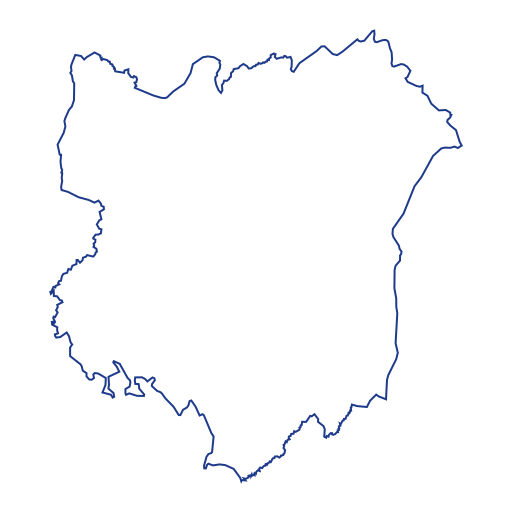 Trakan Phuet Phon, Ubon Ratchathani, Thailand
{"feature_id": "78962969B42152310983042", "entity_name": "Trakan Phuet Phon", "entity_type": "district", "adm_level": 2, "iso_a3": "THA", "parent_name": "Thailand", "parent_adm1": "Ubon Ratchathani", "projection": "robinson", "projection_center": [105.015, 15.601], "detail": "fine", "context": "isolated", "style": "outline", "palette": "blue", "viewbox_px": 512, "rotation_deg": 0, "n_neighbors": 0, "source": "geoboundaries", "source_scale": "gbopen_adm2", "svg_char_len": 5852}
<svg xmlns="http://www.w3.org/2000/svg" viewBox="0 0 512 512"><path d="M241.3,481.3L242.0,480.1L245.5,480.4L244.1,478.5L245.4,478.9L248.0,477.8L248.6,477.2L248.3,476.0L249.2,475.5L249.7,476.0L251.0,475.1L251.1,475.9L251.7,474.5L252.0,475.7L253.0,475.0L254.4,475.3L254.0,474.4L254.6,473.1L255.9,473.9L256.3,471.8L257.8,470.3L259.7,471.0L259.2,468.6L260.2,467.5L262.2,468.1L263.5,466.2L265.1,465.7L265.6,464.1L266.2,463.9L266.9,464.9L268.2,462.9L269.4,462.5L269.7,461.5L270.8,462.1L272.7,458.4L274.4,458.1L274.7,456.6L277.2,456.3L279.3,457.6L280.9,456.3L280.9,455.6L283.3,455.0L283.4,454.0L284.4,453.4L285.1,450.2L283.5,448.0L284.1,446.6L283.6,444.9L284.5,444.5L285.6,441.4L286.7,442.2L287.6,439.9L289.6,439.3L288.7,438.0L288.9,436.5L290.6,436.0L291.2,433.9L293.5,433.8L294.2,431.2L295.6,431.9L299.1,429.9L299.8,428.8L299.4,427.7L300.7,426.8L300.7,425.3L301.7,425.0L302.1,421.8L306.1,421.9L310.2,415.9L311.7,416.3L314.5,414.2L318.2,419.1L318.0,421.8L323.5,426.1L324.8,429.4L324.2,436.6L326.2,437.7L326.7,436.0L328.5,436.6L328.8,435.1L330.7,433.1L332.1,433.2L332.1,434.4L333.1,434.8L335.2,434.1L336.9,432.1L338.0,432.1L337.7,430.4L338.9,430.0L338.5,428.9L339.3,428.5L338.8,426.4L340.4,425.7L339.9,423.5L340.8,424.1L342.6,420.6L343.7,420.4L343.9,419.0L345.5,418.8L346.6,415.7L347.8,415.5L348.4,413.7L349.2,413.4L348.7,412.6L349.9,412.0L350.1,410.5L351.1,410.6L350.8,407.7L351.3,407.5L351.9,404.6L357.3,406.1L366.9,407.0L370.1,400.7L376.2,394.6L378.7,396.4L386.0,399.3L387.0,379.9L388.3,375.1L396.2,359.2L397.8,352.8L395.6,343.2L397.3,313.2L396.3,306.8L396.2,298.2L394.4,288.3L394.6,269.9L395.6,265.7L400.0,260.6L400.1,255.3L401.1,254.2L401.5,251.6L399.6,248.9L398.9,245.7L393.5,237.2L392.5,233.9L392.9,228.8L403.5,213.7L414.6,186.1L421.3,177.3L433.0,156.0L441.2,148.5L444.6,147.6L450.4,147.8L454.6,146.6L457.8,148.0L461.7,145.6L459.6,141.6L456.0,130.1L450.6,125.8L447.2,122.0L447.5,120.0L450.1,117.6L451.3,115.0L450.4,115.0L450.2,112.6L445.8,110.0L438.9,110.4L431.3,103.7L427.4,95.7L422.4,92.6L422.6,85.7L419.9,86.7L416.6,86.0L407.7,81.9L405.5,78.3L407.5,77.0L410.4,70.8L407.1,66.6L403.7,64.5L401.1,64.1L394.0,66.6L392.4,66.1L391.5,63.6L392.1,59.5L391.6,52.3L389.9,48.1L388.6,42.5L387.6,40.9L385.7,39.9L382.5,40.2L376.7,42.2L375.0,41.8L373.8,38.9L374.5,34.3L374.2,30.7L372.2,31.3L364.3,40.7L360.8,41.5L358.8,40.9L357.4,39.3L342.4,51.7L337.2,55.1L332.8,54.1L324.6,46.3L321.4,46.5L316.7,51.0L299.4,63.2L293.7,71.8L291.9,71.1L290.8,69.1L291.6,67.0L291.8,60.2L290.5,56.9L287.1,57.7L285.5,56.1L284.3,55.9L283.3,57.6L281.3,57.4L276.7,58.8L274.8,56.9L275.5,54.2L274.2,54.1L273.9,53.5L270.7,55.1L270.7,57.5L269.1,58.5L269.0,60.0L267.5,59.7L266.9,61.6L265.6,61.6L264.5,62.8L263.0,62.4L262.5,63.2L260.5,63.8L258.5,63.0L257.8,64.5L256.0,64.7L255.5,66.1L253.9,66.1L251.1,68.3L248.7,68.5L247.1,66.2L243.4,64.0L240.0,66.2L238.5,68.2L233.7,69.1L233.2,71.1L231.0,73.1L230.9,76.9L229.6,77.5L229.1,79.1L226.7,80.9L224.1,80.6L223.4,83.2L221.9,84.9L222.4,90.3L221.0,92.9L218.5,90.1L216.3,85.0L215.2,80.1L215.3,77.3L217.2,75.5L216.7,73.3L219.8,68.5L220.3,64.5L219.4,62.7L219.9,60.8L214.1,57.3L207.9,56.4L202.8,57.3L192.9,64.1L190.5,73.2L184.4,83.7L173.3,91.4L167.3,97.2L165.2,98.1L161.2,97.8L153.1,95.4L134.8,87.8L135.4,86.3L136.4,85.9L134.6,82.6L136.3,82.1L137.0,79.4L136.4,77.3L134.0,76.1L133.3,77.5L130.9,76.9L128.2,73.1L128.4,69.3L124.5,70.5L124.1,72.8L115.2,71.3L114.8,68.4L113.9,68.6L113.8,66.7L112.4,65.9L112.6,64.9L112.0,64.2L110.3,63.9L109.8,61.6L108.4,61.6L107.5,60.2L103.4,59.0L101.7,60.1L101.2,59.6L101.5,57.8L100.9,58.0L100.2,56.9L100.3,55.5L94.6,52.5L86.9,57.0L84.2,59.5L81.0,56.0L75.3,54.9L71.4,64.7L71.0,67.0L71.5,71.0L70.3,72.9L71.9,75.3L72.9,81.4L74.2,83.1L74.0,100.2L71.8,106.6L69.1,109.7L65.3,118.1L64.4,121.1L65.4,126.4L63.7,132.8L57.6,144.6L59.7,154.6L61.1,154.8L60.5,161.6L61.2,167.8L62.2,170.0L61.4,172.6L62.1,172.7L62.2,174.1L61.7,177.6L62.2,181.0L61.1,186.9L61.6,190.0L68.0,191.9L78.5,197.2L88.5,199.9L94.5,202.6L98.5,200.6L100.9,203.6L101.3,205.7L103.7,206.8L103.9,209.3L99.6,211.9L101.4,219.3L99.3,220.4L96.8,224.4L99.2,228.7L101.4,229.3L100.9,233.3L98.6,234.5L95.5,234.7L93.2,237.9L93.3,238.6L95.4,239.7L95.2,242.4L93.6,243.6L94.2,245.7L93.5,246.9L96.4,248.8L96.9,251.7L95.5,252.6L95.3,254.2L93.2,256.6L87.1,255.1L86.0,256.7L83.0,257.7L82.5,260.3L80.0,262.7L77.8,260.0L76.6,260.0L76.4,264.1L72.4,265.7L70.8,269.7L68.4,269.0L67.1,272.8L63.4,273.9L61.9,276.2L61.0,280.7L59.0,281.2L58.1,283.1L59.3,284.3L55.5,286.0L55.3,287.4L53.5,286.9L51.5,291.3L50.3,292.0L50.9,293.8L53.7,290.8L53.9,296.0L57.1,296.3L60.0,300.2L61.8,300.5L62.5,302.2L57.2,304.9L57.8,306.9L56.1,310.3L57.6,312.4L55.1,317.1L53.7,316.6L53.2,318.0L55.1,321.9L53.9,323.6L53.0,321.7L51.8,321.9L52.2,324.7L57.3,327.3L57.1,330.2L58.0,333.3L54.9,334.4L55.1,335.9L56.3,337.6L60.3,337.0L66.7,332.5L69.0,336.2L70.6,342.4L72.2,344.5L70.1,347.5L70.1,356.1L80.5,364.3L81.7,366.2L82.8,370.7L86.5,373.1L86.5,376.4L89.3,379.5L91.8,379.7L94.0,378.0L93.3,374.5L94.6,373.1L98.2,373.5L105.8,378.0L105.5,384.9L102.5,392.5L110.9,394.7L112.7,397.6L114.2,396.8L113.5,393.0L108.4,388.6L109.0,384.6L108.5,376.8L119.3,371.7L116.7,366.6L113.3,362.4L113.8,361.2L119.7,363.8L127.5,377.8L130.0,380.4L130.4,382.5L129.6,386.6L125.4,389.1L125.5,393.7L126.1,394.8L129.2,393.4L137.0,395.8L143.9,396.0L144.2,394.5L139.3,388.7L138.7,384.1L135.3,383.9L134.8,380.5L135.2,377.4L141.9,377.3L145.0,378.9L147.4,381.4L152.5,377.5L154.3,378.2L154.9,380.1L152.1,384.0L151.8,386.0L157.1,390.9L160.5,392.2L162.1,393.7L165.5,398.5L173.6,406.8L178.7,415.0L180.4,415.1L183.0,409.8L186.9,407.5L188.4,405.4L189.6,401.1L191.3,400.5L195.5,406.5L199.6,415.5L202.6,414.2L203.9,415.3L211.3,433.0L213.6,436.5L212.1,451.9L211.4,453.0L208.4,454.1L206.5,456.8L204.0,465.8L204.3,468.4L205.9,468.4L207.1,464.8L208.4,463.7L213.0,465.4L219.5,464.4L225.2,465.1L233.7,468.9L240.3,478.0L241.3,481.3Z" fill="none" stroke="#1e3a8a" stroke-width="2"/></svg>